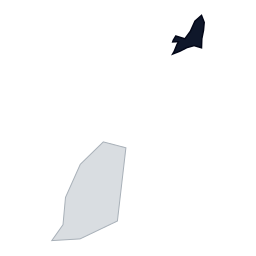 Carriacou and Petite Martinique highlighted on a map of Grenada
{"feature_id": "GRD-5069", "entity_name": "Carriacou and Petite Martinique", "entity_type": "Dependency", "adm_level": 1, "iso_a3": "GRD", "parent_name": "Grenada", "parent_adm1": "", "projection": "orthographic", "projection_center": [-61.462, 12.485], "detail": "fine", "context": "in_parent", "style": "filled", "palette": "ink", "viewbox_px": 256, "rotation_deg": 0, "n_neighbors": 0, "source": "natural_earth", "source_scale": "10m", "svg_char_len": 516}
<svg xmlns="http://www.w3.org/2000/svg" viewBox="0 0 256 256"><path d="M80.0,238.9L51.8,240.6L63.0,224.7L65.5,197.4L80.3,164.3L103.3,141.9L125.9,147.8L117.4,221.0L80.0,238.9Z" fill="#d9dde1" stroke="#a8b0b8" stroke-width="1"/><path d="M201.5,47.8L194.1,45.6L186.9,47.6L179.9,51.2L172.7,54.0L174.2,51.4L177.0,44.5L178.5,41.9L177.1,41.7L172.7,41.9L173.3,40.2L175.8,36.0L184.9,38.8L190.4,31.3L195.0,21.1L201.5,15.4L204.2,22.4L203.5,30.3L201.8,38.8L201.5,47.8Z" fill="#0f172a" stroke="#020617" stroke-width="1.5"/></svg>